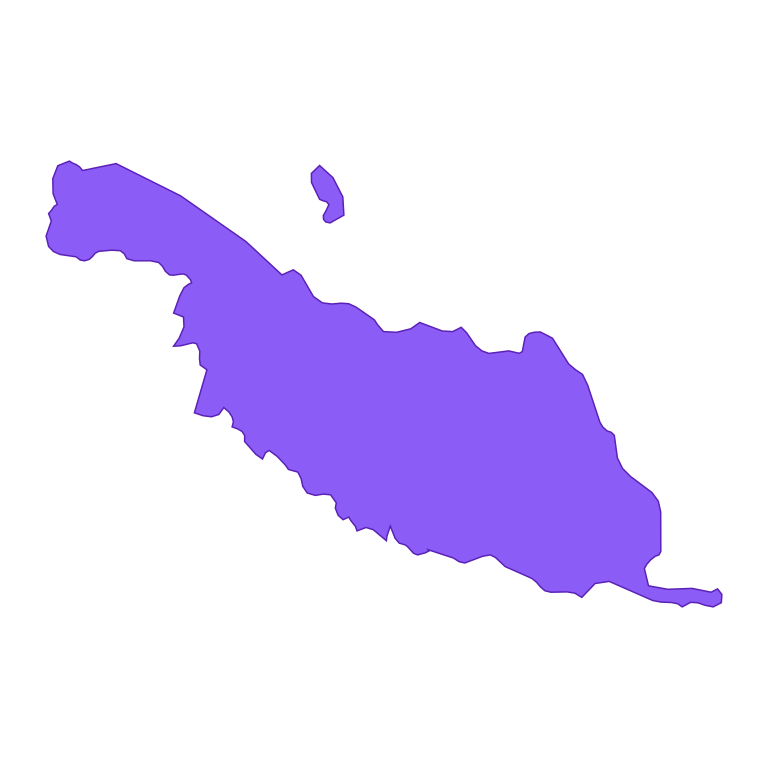 map outline of Makira (Robinson projection)
{"feature_id": "SLB-3509", "entity_name": "Makira", "entity_type": "Province", "adm_level": 1, "iso_a3": "SLB", "parent_name": "Solomon Islands", "parent_adm1": "", "projection": "robinson", "projection_center": [161.795, -10.523], "detail": "fine", "context": "isolated", "style": "filled", "palette": "violet", "viewbox_px": 768, "rotation_deg": 0, "n_neighbors": 0, "source": "natural_earth", "source_scale": "10m", "svg_char_len": 2604}
<svg xmlns="http://www.w3.org/2000/svg" viewBox="0 0 768 768"><path d="M711.1,592.2L717.6,588.9L721.9,594.5L721.3,602.7L713.2,606.9L705.1,605.3L698.0,602.8L690.7,602.3L682.2,606.9L677.6,603.7L671.3,602.5L661.0,602.1L652.7,600.5L609.2,581.4L595.1,583.5L581.8,597.4L574.9,593.2L567.2,591.9L550.7,592.2L544.8,590.7L540.4,586.8L536.6,582.3L532.0,578.5L505.2,566.6L495.4,557.4L490.2,554.9L482.5,556.3L464.8,563.0L459.1,561.7L453.4,558.0L428.0,549.7L428.9,551.0L425.4,552.8L417.6,554.9L413.6,553.3L407.4,546.5L405.2,544.9L399.2,543.1L395.1,538.3L390.3,526.1L386.9,536.3L386.4,540.7L373.1,529.6L366.0,527.5L357.0,530.9L355.5,526.5L351.0,520.8L348.7,517.1L343.1,519.7L338.1,515.2L335.3,508.1L336.3,502.9L330.6,494.8L323.4,494.1L315.3,495.4L307.2,493.0L302.8,486.4L301.1,478.6L297.9,472.1L288.5,469.5L285.4,465.1L277.4,456.6L269.1,450.4L265.4,452.9L262.5,459.0L255.9,454.4L244.6,441.5L244.7,435.6L242.1,431.5L237.6,428.9L232.1,426.9L233.4,421.7L232.1,416.8L228.9,412.0L223.8,407.6L218.8,414.5L211.5,416.8L203.0,415.7L194.4,412.8L206.9,369.8L200.2,365.0L199.5,358.4L199.8,351.1L196.6,343.8L192.9,342.8L180.6,345.8L173.6,346.2L179.2,338.1L184.0,326.9L183.5,317.0L173.6,313.1L179.8,295.8L184.0,287.7L188.3,284.4L191.6,282.8L190.4,279.6L186.1,274.9L182.8,273.9L173.2,275.2L169.5,274.9L165.3,271.2L162.6,266.5L158.7,262.5L150.6,260.8L134.1,260.8L126.9,258.7L124.2,253.7L120.3,250.7L111.8,250.2L98.8,251.3L95.1,253.3L92.4,256.6L89.2,259.4L84.5,260.8L80.2,260.0L76.1,256.8L60.1,254.5L53.6,251.6L48.6,246.5L46.1,236.1L51.3,221.0L48.6,213.5L51.6,210.2L53.0,208.0L54.4,206.1L57.3,204.5L53.1,193.7L52.8,178.6L57.8,165.7L69.4,161.1L72.6,163.1L76.0,164.5L79.5,166.8L82.6,170.5L116.1,163.6L180.7,195.9L246.0,241.6L281.9,274.9L293.3,269.8L301.1,275.3L313.4,296.5L322.4,302.9L331.9,304.0L341.1,303.2L348.7,303.7L356.3,307.3L374.3,319.8L377.7,324.9L383.5,331.6L396.6,332.3L410.8,328.8L419.7,322.5L442.3,331.0L452.7,331.6L461.2,327.3L466.6,332.7L475.5,345.7L481.9,350.9L489.0,353.4L508.8,350.9L519.2,353.3L522.3,351.6L525.1,337.1L529.1,333.5L534.6,332.2L540.4,332.0L552.5,338.2L568.7,364.0L575.6,369.8L582.5,374.4L587.6,385.0L599.9,422.2L602.7,426.9L607.1,430.9L611.2,432.3L614.3,435.3L617.4,458.0L622.5,468.4L630.4,476.4L652.0,492.6L658.3,501.2L660.7,512.0L660.8,551.5L658.9,554.9L655.1,556.3L650.6,559.9L646.7,564.4L644.4,568.6L648.5,585.8L667.8,589.3L692.1,588.4L711.1,592.2ZM325.9,211.0L328.9,204.6L326.5,201.7L322.3,200.5L319.6,199.3L311.5,182.5L311.4,173.4L319.6,165.5L332.9,177.6L342.8,196.9L343.9,215.1L330.1,222.9L325.8,222.0L323.5,219.3L323.3,215.6L325.9,211.0Z" fill="#8b5cf6" stroke="#5b21b6" stroke-width="1.5"/></svg>